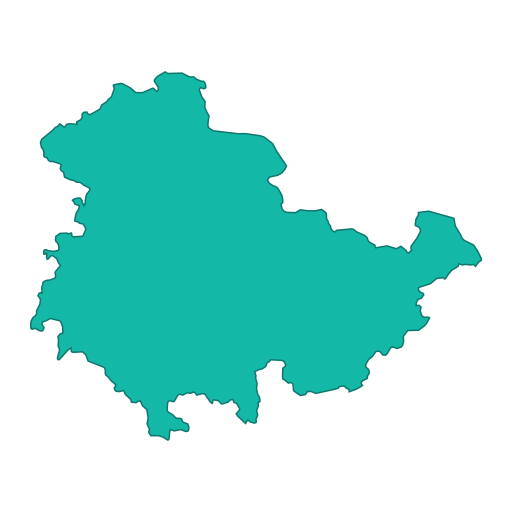 Thüringen, Albers equal-area conic projection
{"feature_id": "DEU-1577", "entity_name": "Thüringen", "entity_type": "State", "adm_level": 1, "iso_a3": "DEU", "parent_name": "Germany", "parent_adm1": "", "projection": "albers", "projection_center": [10.909, 50.922], "detail": "fine", "context": "isolated", "style": "filled", "palette": "teal", "viewbox_px": 512, "rotation_deg": 0, "n_neighbors": 0, "source": "natural_earth", "source_scale": "10m", "svg_char_len": 5919}
<svg xmlns="http://www.w3.org/2000/svg" viewBox="0 0 512 512"><path d="M44.6,157.0L43.8,155.7L44.0,153.3L43.2,149.6L41.5,147.5L40.6,143.2L40.5,142.2L41.7,139.3L53.0,130.0L54.9,127.8L58.2,126.0L59.8,123.9L64.1,127.1L64.8,126.9L66.7,124.3L69.1,123.8L77.1,124.2L76.7,121.9L80.8,119.7L82.4,116.7L82.0,115.1L82.3,113.9L83.6,112.4L86.8,112.0L88.3,114.3L90.4,114.5L100.0,109.1L101.7,105.0L107.0,101.5L108.1,99.5L110.7,97.6L111.8,96.0L114.3,88.4L113.4,85.9L113.5,84.9L121.0,83.4L122.5,83.7L130.2,87.8L135.8,92.6L142.7,92.6L152.5,88.3L153.5,88.3L156.8,91.5L158.1,90.3L158.2,87.1L154.3,81.2L154.6,79.6L157.4,76.4L165.2,71.9L167.7,73.5L182.1,73.1L189.4,76.9L194.1,77.0L196.1,79.1L201.4,81.3L203.6,81.3L204.9,82.9L205.6,85.1L205.9,87.5L205.2,88.3L203.7,88.7L200.6,87.7L199.4,89.0L199.5,90.4L201.8,97.0L205.1,101.4L204.8,107.4L207.3,113.1L209.0,115.9L208.1,121.7L207.9,125.9L209.2,128.3L213.5,130.8L238.3,133.8L245.2,133.6L260.1,135.7L264.2,137.1L272.7,143.7L277.1,152.0L286.5,165.8L285.1,169.0L281.8,173.0L277.7,175.3L269.5,177.0L267.4,180.1L269.3,183.2L272.9,185.6L276.4,186.9L278.1,188.7L281.6,194.6L282.6,198.8L282.8,202.5L281.0,204.3L282.2,209.0L283.8,211.1L286.5,212.3L295.4,212.7L300.3,209.8L307.7,210.8L315.2,210.8L321.7,209.5L325.9,212.6L326.3,213.7L326.6,218.8L328.1,221.3L328.5,223.2L330.4,226.0L331.3,229.5L333.5,231.5L334.7,232.0L336.7,230.3L351.3,228.9L353.2,229.2L356.7,231.9L364.7,235.4L367.1,237.6L368.1,240.6L369.6,242.3L374.9,245.1L375.3,247.4L375.7,247.8L387.0,245.9L396.4,248.7L400.9,246.3L406.1,250.5L407.3,252.7L408.7,252.8L411.6,250.3L410.9,248.1L411.2,246.0L416.7,238.6L420.4,231.5L420.4,229.7L419.6,228.1L418.2,226.7L415.6,225.7L415.2,224.8L415.9,219.5L418.6,214.4L418.3,212.5L428.7,211.2L453.9,218.3L455.3,226.0L460.4,234.5L462.2,238.4L464.4,240.5L473.7,245.1L477.7,251.2L481.3,258.5L481.3,260.4L478.6,262.0L475.6,266.3L473.3,264.4L470.8,265.0L465.5,264.4L462.0,264.9L458.8,263.7L458.1,266.4L451.6,270.3L448.3,274.3L445.5,278.7L444.4,278.9L444.3,278.3L442.6,277.7L436.7,278.5L430.4,283.7L418.6,287.5L418.4,290.1L420.5,292.3L423.2,293.4L423.8,294.9L421.2,298.4L419.1,298.9L417.4,300.3L416.2,303.3L416.2,305.6L418.9,305.3L420.7,306.6L421.0,307.4L420.2,311.0L421.4,314.6L422.5,316.5L424.3,317.3L428.0,317.1L429.6,317.8L426.4,323.6L424.5,325.8L418.5,330.3L407.8,330.5L403.3,336.4L403.6,341.5L402.5,345.5L401.3,347.0L396.9,348.5L393.3,346.9L390.8,347.5L387.2,353.7L385.5,355.2L382.7,354.9L380.5,352.1L379.2,351.4L377.7,351.1L375.8,351.6L372.4,356.5L368.6,359.5L365.9,364.3L365.6,365.6L365.9,367.2L368.4,369.2L369.1,371.1L369.3,373.3L367.6,375.7L367.2,378.5L363.3,380.3L361.5,381.9L361.2,383.4L362.5,385.5L357.1,388.8L349.2,391.8L349.0,389.4L345.9,387.9L344.7,386.2L342.7,386.0L338.9,386.8L338.2,388.2L335.3,389.1L315.9,393.4L311.1,391.5L307.5,391.5L305.3,394.6L300.3,395.5L293.9,391.0L293.5,390.3L293.0,384.4L292.2,383.1L290.4,382.6L288.4,383.1L284.6,379.9L283.0,379.2L282.5,376.8L282.8,368.2L285.3,366.3L285.8,365.2L283.8,361.1L281.1,360.3L270.7,359.8L269.2,361.7L267.1,362.7L265.7,366.5L262.4,368.8L259.2,369.5L254.7,371.7L256.0,375.8L255.6,377.8L257.0,383.3L256.5,389.6L257.3,391.4L257.5,393.9L259.5,397.2L260.0,401.1L259.7,401.8L258.1,402.5L258.4,405.5L256.6,410.8L257.7,414.9L256.0,419.2L256.3,421.7L256.0,422.6L254.2,423.1L250.4,422.0L248.1,420.0L247.3,420.5L245.6,423.5L237.5,415.9L236.2,413.8L239.4,410.2L239.7,408.7L236.6,403.3L233.9,402.4L233.0,399.8L232.4,399.5L230.1,400.0L228.0,402.2L222.1,404.0L220.8,403.5L220.0,402.1L218.0,400.5L213.6,399.9L212.9,400.3L212.6,402.6L212.0,403.4L210.3,402.0L204.7,393.8L202.1,393.7L196.8,395.1L194.7,392.5L193.4,392.0L190.8,393.3L187.1,392.8L182.7,395.1L179.3,394.1L177.7,395.4L174.2,401.4L173.1,401.7L169.7,400.5L168.3,401.5L167.6,403.0L167.1,410.6L168.4,412.2L172.8,414.8L176.0,418.2L180.9,418.5L181.8,419.3L182.4,421.3L183.2,422.2L187.8,424.0L188.9,427.2L188.6,430.1L187.7,431.2L185.8,431.5L180.8,429.6L174.2,430.9L171.0,429.7L169.8,431.1L168.9,439.3L167.9,440.1L162.4,436.8L158.3,435.7L150.9,435.7L148.9,432.8L148.8,431.5L149.4,430.0L149.3,429.0L147.3,424.5L147.1,423.6L148.2,418.1L146.8,409.5L142.6,405.9L140.4,401.0L137.7,401.4L136.1,402.7L131.4,402.1L130.7,399.2L126.3,395.4L124.9,393.5L123.6,390.5L119.5,391.6L116.3,391.3L115.0,390.4L114.2,388.0L115.6,385.8L115.8,385.2L115.4,384.4L111.1,380.8L108.2,377.0L105.9,375.1L105.3,373.7L105.3,370.1L104.6,368.1L103.7,367.2L88.1,361.0L85.9,354.9L82.5,351.8L73.1,352.3L71.5,351.7L70.9,347.9L68.2,349.8L59.2,359.7L57.9,359.6L57.5,358.9L57.6,357.2L59.6,350.0L58.2,346.0L58.5,339.7L57.9,336.8L60.1,333.9L61.1,333.4L62.3,333.7L62.9,332.6L62.6,326.7L60.9,322.0L59.9,320.8L50.3,318.5L45.9,320.9L42.6,321.9L42.0,323.0L42.0,324.4L44.1,327.8L43.0,330.3L42.0,331.0L39.7,330.8L35.1,328.3L32.1,329.3L30.9,328.3L30.7,323.2L31.3,320.6L33.2,317.3L35.1,316.1L36.6,314.1L36.5,311.0L40.0,303.8L40.4,299.1L38.0,295.8L38.9,293.4L41.0,292.6L42.0,293.1L42.2,292.6L41.7,287.4L42.9,284.0L42.9,282.6L44.3,281.3L46.7,280.3L49.9,280.0L54.9,278.1L55.4,277.2L55.6,274.6L55.0,272.7L55.5,271.6L60.4,265.5L58.5,262.9L56.7,258.7L52.8,255.6L50.6,256.0L48.3,258.9L47.2,259.2L46.6,257.2L46.8,254.2L46.6,253.3L46.2,253.1L44.9,254.3L43.8,254.0L43.6,253.1L43.9,250.8L44.4,250.0L46.3,249.7L48.0,250.7L53.7,251.4L58.2,250.4L59.0,248.3L58.6,245.1L57.0,242.3L55.9,241.4L55.5,239.8L55.9,236.3L60.0,233.4L66.9,233.1L68.6,233.8L71.4,233.0L71.8,233.9L71.6,235.5L73.3,236.8L82.7,236.3L85.6,230.1L85.7,229.2L85.1,227.3L83.1,223.9L79.7,223.4L77.8,221.8L74.9,221.2L74.7,220.3L75.8,214.5L76.6,212.4L78.7,209.0L79.4,205.7L74.8,204.1L73.8,201.7L72.5,200.3L73.9,199.1L77.4,198.1L80.2,198.1L82.1,200.7L82.1,202.8L83.4,204.0L83.8,205.6L84.2,205.5L84.9,204.5L85.9,196.6L86.8,194.0L89.2,191.0L89.9,189.2L89.5,188.1L84.1,185.3L80.2,182.4L76.3,182.1L73.9,180.5L70.4,179.8L64.9,177.4L64.4,176.6L63.7,172.5L61.1,170.4L60.3,168.9L60.4,167.5L61.2,165.4L60.5,164.0L53.0,161.5L50.0,161.5L48.2,160.0L47.0,157.8L44.6,157.0Z" fill="#14b8a6" stroke="#0f766e" stroke-width="1.5"/></svg>